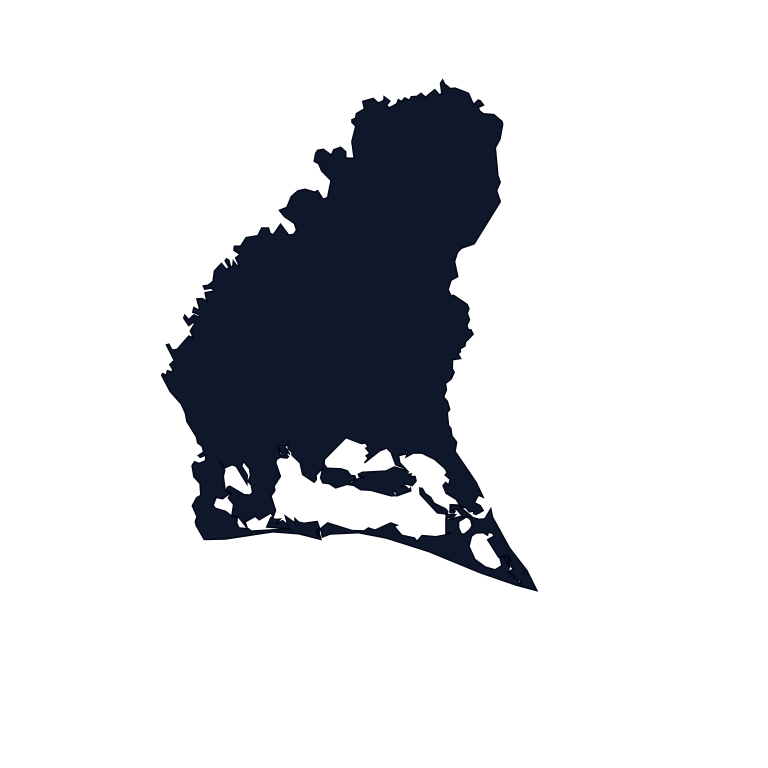 Puerto Lempira, Gracias a Dios, Honduras, rotated 150°
{"feature_id": "27666195B20969327250579", "entity_name": "Puerto Lempira", "entity_type": "district", "adm_level": 2, "iso_a3": "HND", "parent_name": "Honduras", "parent_adm1": "Gracias a Dios", "projection": "equal_earth", "projection_center": [-84.066, 15.172], "detail": "fine", "context": "isolated", "style": "filled", "palette": "ink", "viewbox_px": 768, "rotation_deg": 150, "n_neighbors": 0, "source": "geoboundaries", "source_scale": "gbopen_adm2", "svg_char_len": 6176}
<svg xmlns="http://www.w3.org/2000/svg" viewBox="0 0 768 768"><g transform="rotate(150 384 384)"><path d="M353.4,252.8L356.2,290.1L350.2,297.3L351.1,305.4L348.3,312.2L348.9,315.8L343.5,327.7L339.8,329.1L337.8,337.4L338.9,343.0L332.9,347.7L330.5,353.7L323.3,354.8L317.4,359.0L317.3,363.0L312.5,370.8L304.9,367.8L304.8,373.2L301.6,373.7L300.6,376.4L294.9,376.5L292.5,379.6L281.9,382.6L281.7,387.7L283.8,388.4L283.1,393.2L277.8,396.9L276.7,403.5L272.8,406.8L272.2,411.2L279.3,425.8L281.9,427.2L281.3,433.8L273.9,440.4L266.5,440.1L261.6,454.9L254.4,461.4L249.0,462.9L235.8,460.3L192.1,483.8L189.8,495.2L182.5,500.6L181.2,507.5L169.5,532.9L161.0,538.2L151.3,549.7L150.6,552.4L154.2,562.4L162.8,568.3L164.7,572.9L164.1,576.4L158.4,575.8L159.0,581.0L160.4,582.8L166.8,581.2L165.5,593.5L174.5,604.7L178.8,606.6L181.5,613.5L181.2,618.0L184.7,616.2L188.7,606.6L191.5,606.6L192.8,613.5L204.7,611.6L206.6,617.2L211.6,616.6L216.8,619.1L220.1,616.9L223.0,621.4L227.6,619.8L229.4,623.1L232.9,620.2L241.3,620.5L242.6,624.0L237.5,626.1L240.3,632.7L242.2,629.8L246.7,629.8L248.7,630.9L250.6,636.7L261.1,639.4L263.4,632.0L272.6,632.0L275.8,628.3L279.6,628.9L280.9,626.6L279.5,621.4L290.6,610.0L297.0,594.4L304.2,598.8L301.0,604.2L303.2,610.7L310.4,612.0L315.1,608.4L319.2,617.6L324.6,619.5L327.8,617.9L333.1,611.8L330.4,607.5L331.4,599.8L328.1,586.7L339.7,573.6L344.4,574.5L344.8,584.7L348.0,584.7L355.1,592.2L362.1,594.3L370.5,592.7L379.8,585.5L387.7,586.7L386.5,578.8L381.3,567.8L382.7,561.1L387.2,558.7L392.1,560.6L393.7,574.1L405.3,568.5L407.3,571.3L406.1,576.9L411.9,580.2L419.1,575.5L430.2,579.7L439.3,575.0L444.7,578.1L447.1,574.8L443.8,568.2L449.4,567.4L450.2,559.1L452.4,560.3L453.0,565.9L456.1,561.4L458.3,561.8L456.5,568.9L457.9,571.2L460.0,570.1L459.9,563.1L461.5,561.4L463.4,562.9L464.5,569.7L474.3,566.7L480.7,558.4L487.1,557.4L491.4,559.3L491.9,555.8L485.5,553.3L484.3,549.3L493.3,552.5L496.2,544.0L498.6,548.8L503.5,551.3L506.1,541.4L508.0,541.2L510.4,545.3L513.7,541.8L509.4,536.4L510.1,533.7L514.2,538.9L521.0,537.3L522.1,543.2L524.5,541.3L523.9,532.2L518.0,532.9L517.7,530.9L525.2,526.8L525.9,519.5L529.2,523.1L545.8,517.4L550.5,519.1L550.5,526.1L552.9,526.6L553.8,509.3L559.8,507.9L559.7,501.7L561.8,500.5L564.9,503.8L568.3,500.5L570.5,503.7L572.2,502.8L572.9,484.5L569.6,468.2L570.6,457.8L573.4,450.3L572.9,432.2L574.8,426.0L572.5,421.0L574.2,415.2L580.6,414.9L579.8,412.4L573.9,411.5L577.0,406.7L583.8,407.6L587.0,411.4L591.1,409.2L595.0,398.8L593.1,389.7L598.3,379.1L603.2,379.2L610.9,374.3L612.2,362.6L616.2,359.2L617.4,355.0L617.4,339.2L598.7,329.0L554.2,311.6L532.7,296.9L516.4,281.0L515.2,285.2L517.0,284.7L517.2,289.1L513.0,292.1L516.4,288.6L515.5,286.1L512.2,290.2L510.6,298.3L522.8,303.3L527.0,307.0L528.4,311.9L530.6,308.1L535.5,318.9L537.7,309.9L540.3,316.4L547.9,316.5L541.4,318.9L546.1,321.1L548.4,325.1L557.1,318.8L537.3,305.3L572.4,322.9L573.9,326.5L581.5,331.8L581.2,336.9L578.1,341.5L581.8,345.2L585.0,353.1L592.2,360.6L592.8,364.3L586.0,369.8L581.2,365.3L572.2,366.3L574.6,371.7L569.4,384.3L565.0,389.0L564.6,399.6L563.7,391.0L555.9,390.0L553.1,386.6L552.7,366.1L548.0,373.5L548.3,384.1L544.5,387.4L542.8,377.9L545.4,371.3L550.4,367.5L549.4,363.0L552.0,355.8L555.5,354.8L560.4,357.9L568.7,372.6L571.2,372.9L573.7,371.0L570.9,365.9L575.8,363.0L574.5,354.8L581.4,346.2L576.5,341.4L574.5,327.7L573.2,334.0L561.6,333.8L559.9,328.8L546.2,328.9L546.4,324.3L541.1,328.8L537.9,343.5L531.8,346.4L530.2,350.6L519.9,355.8L517.1,370.1L514.5,372.5L509.7,372.4L507.3,384.1L507.1,374.9L509.0,371.3L505.0,368.4L503.1,368.9L503.8,371.9L502.1,372.5L502.0,375.8L500.7,370.0L501.4,380.4L497.7,378.7L499.5,375.6L497.7,370.9L499.2,368.4L496.1,357.6L499.7,346.3L493.6,333.9L490.5,335.0L488.3,339.2L479.1,341.7L485.9,334.3L486.4,329.0L481.1,324.9L477.8,318.2L466.4,315.7L460.9,311.4L457.1,304.2L448.7,298.7L433.6,283.5L429.9,281.7L430.9,285.2L429.2,286.7L427.7,283.4L428.7,280.7L414.3,278.1L413.2,280.6L415.2,279.9L416.4,284.4L421.4,286.4L414.9,286.4L410.3,281.9L404.7,284.0L403.4,288.3L407.4,290.8L405.4,292.6L408.1,293.4L409.6,299.8L416.6,307.0L425.8,307.6L446.8,318.3L451.4,318.7L451.8,316.2L446.6,312.7L453.6,314.9L462.6,314.2L462.7,316.4L455.9,315.8L455.2,319.1L458.6,321.5L459.2,327.1L463.6,332.0L475.5,339.5L476.0,344.5L473.3,348.5L443.8,356.6L433.4,343.8L429.3,342.2L429.4,336.9L431.9,337.5L430.8,331.1L435.4,330.8L434.9,327.3L440.4,325.5L421.0,328.3L413.6,327.1L412.1,321.1L414.2,308.1L408.7,301.4L406.7,295.0L409.7,307.8L407.3,314.6L400.2,312.6L398.0,316.1L397.2,313.3L401.3,309.8L393.2,309.6L385.7,305.2L377.8,293.4L373.4,280.4L373.5,275.7L376.5,274.6L374.3,268.2L378.6,264.0L379.9,267.9L383.7,266.4L384.8,258.3L379.1,247.9L379.0,238.6L375.0,236.1L373.9,230.6L369.8,229.1L371.1,227.0L369.5,225.0L361.4,224.8L361.4,230.5L365.1,236.0L357.8,240.6L354.7,236.4L353.4,252.8ZM354.9,128.6L353.5,150.9L357.3,178.9L356.6,214.4L353.9,222.5L364.1,216.8L369.3,219.2L373.8,223.8L380.4,242.1L387.0,246.4L391.0,239.8L388.0,237.2L386.1,238.2L387.4,240.6L383.8,239.3L381.6,228.7L378.2,226.8L376.8,223.1L378.5,217.3L382.6,215.0L389.6,213.7L392.1,215.7L391.3,222.1L388.2,227.6L381.9,227.6L383.8,231.1L395.9,233.8L397.6,236.6L405.0,223.7L401.2,222.4L403.1,221.5L415.3,225.7L426.8,233.7L434.2,231.2L434.6,235.4L444.3,244.2L446.4,255.6L443.4,255.2L447.7,260.3L464.8,261.9L469.5,267.1L474.5,266.6L484.9,273.0L502.3,291.9L510.6,290.5L514.0,282.3L505.6,281.0L480.3,267.9L458.9,249.3L428.8,216.3L395.0,172.4L369.2,142.7L367.9,142.0L366.2,145.2L366.6,147.7L363.4,145.7L367.6,141.2L354.9,128.6ZM368.3,149.9L367.7,153.5L369.9,157.3L370.0,160.0L366.8,162.8L367.1,170.9L365.6,171.7L363.3,168.6L362.6,172.9L370.6,175.3L372.7,167.7L380.7,167.5L387.8,174.9L393.0,186.6L391.6,200.9L384.3,208.5L378.9,209.0L372.4,205.6L369.9,201.3L368.4,203.3L364.9,201.2L364.5,197.2L372.1,197.3L371.3,176.6L362.7,174.6L361.6,172.5L363.3,166.3L366.6,170.3L364.5,158.9L369.2,159.1L366.7,152.9L368.3,149.9ZM357.7,149.0L356.5,151.3L354.6,148.0L355.6,147.6L357.7,149.0ZM402.2,245.7L394.6,240.0L392.6,241.5L393.0,244.9L400.3,255.7L400.3,262.6L403.1,268.4L403.1,274.4L405.0,276.0L407.8,270.5L402.2,245.7ZM396.5,237.3L392.3,233.6L387.5,234.9L395.7,240.3L396.5,237.3Z" fill="#0f172a" stroke="#020617" stroke-width="1.5"/></g></svg>